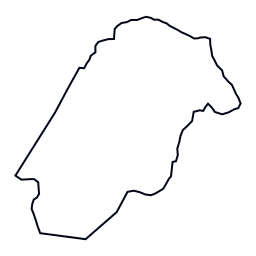 Mulungu, Paraíba, Brazil
{"feature_id": "56859067B90154898743360", "entity_name": "Mulungu", "entity_type": "district", "adm_level": 2, "iso_a3": "BRA", "parent_name": "Brazil", "parent_adm1": "Paraíba", "projection": "equal_earth", "projection_center": [-35.401, -7.001], "detail": "fine", "context": "isolated", "style": "outline", "palette": "ink", "viewbox_px": 256, "rotation_deg": 0, "n_neighbors": 0, "source": "geoboundaries", "source_scale": "gbopen_adm2", "svg_char_len": 1262}
<svg xmlns="http://www.w3.org/2000/svg" viewBox="0 0 256 256"><path d="M40.2,233.2L85.6,239.2L116.7,212.1L127.5,191.9L133.6,190.7L139.5,192.1L145.5,194.5L150.9,195.2L154.3,194.0L158.6,191.6L163.2,188.8L166.1,183.9L168.6,179.3L171.0,176.3L172.6,161.9L176.0,161.2L177.8,155.1L177.3,148.6L179.2,142.4L180.5,135.9L182.8,130.1L187.4,125.9L192.1,121.0L193.7,111.9L199.6,110.3L203.3,110.9L205.3,107.1L208.0,103.7L211.7,107.4L214.9,112.0L222.2,114.3L228.5,112.4L234.5,109.2L238.3,108.1L240.6,103.5L238.3,97.5L235.8,93.6L233.7,88.7L231.8,84.7L228.6,81.9L223.7,76.4L222.1,70.4L217.0,65.3L214.7,60.6L212.2,56.0L211.3,50.0L210.3,44.9L210.1,38.9L205.3,37.2L200.5,37.5L197.3,38.4L193.9,38.4L190.0,36.1L184.6,33.6L181.4,32.2L177.8,30.0L173.2,27.6L169.8,25.9L166.4,23.2L162.7,22.0L158.4,19.7L154.1,19.7L150.7,17.8L145.9,16.8L141.8,18.2L137.0,20.0L131.3,19.9L127.0,22.1L121.6,23.0L117.2,26.1L114.7,29.0L114.3,33.9L114.0,39.0L108.5,39.1L103.3,40.4L98.3,42.0L95.4,45.9L95.4,52.3L90.8,55.7L89.4,59.7L86.7,63.4L84.2,68.2L79.4,67.8L68.3,87.7L55.0,112.6L15.4,175.6L21.3,179.6L26.6,179.4L30.0,179.1L34.1,179.1L38.2,182.2L38.6,188.3L39.1,193.8L36.8,197.7L33.8,199.5L32.3,203.9L31.6,208.9L33.6,213.8L35.9,220.5L37.7,226.5L40.2,233.2Z" fill="none" stroke="#020617" stroke-width="2"/></svg>